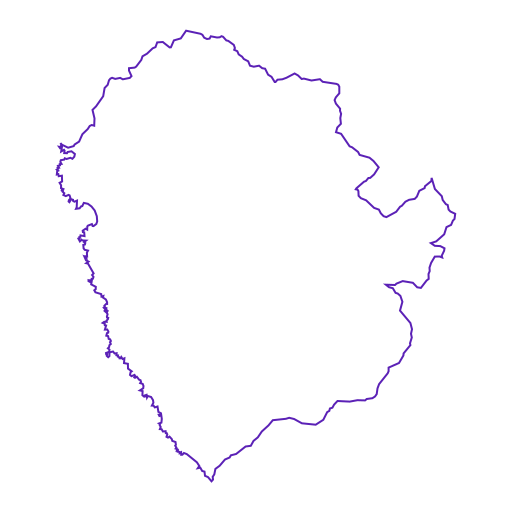 Casma, Áncash, Peru (Albers equal-area conic projection)
{"feature_id": "86281439B42439705570298", "entity_name": "Casma", "entity_type": "district", "adm_level": 2, "iso_a3": "PER", "parent_name": "Peru", "parent_adm1": "Áncash", "projection": "albers", "projection_center": [-78.251, -9.498], "detail": "fine", "context": "isolated", "style": "outline", "palette": "violet", "viewbox_px": 512, "rotation_deg": 0, "n_neighbors": 0, "source": "geoboundaries", "source_scale": "gbopen_adm2", "svg_char_len": 5918}
<svg xmlns="http://www.w3.org/2000/svg" viewBox="0 0 512 512"><path d="M339.3,86.7L338.2,84.7L336.5,83.9L322.7,81.8L319.9,79.2L311.5,80.5L303.9,78.6L301.7,79.0L298.0,75.4L294.6,73.5L286.4,77.8L282.3,79.3L277.5,79.7L275.5,82.0L274.7,82.0L271.5,76.8L268.1,74.7L265.1,68.7L262.2,68.2L259.1,65.7L253.8,66.7L250.0,65.7L248.2,61.3L243.8,59.0L242.1,56.7L238.7,54.4L237.3,51.2L234.2,49.8L234.9,48.0L233.8,44.9L228.3,40.9L226.3,40.4L223.1,36.8L221.5,36.2L219.7,37.3L217.0,37.5L210.8,36.3L209.6,38.6L207.0,39.0L204.2,37.7L202.4,34.8L200.6,33.8L186.1,30.7L180.8,38.4L173.9,40.4L170.9,47.3L169.6,47.4L162.8,42.0L157.2,42.4L155.5,47.1L152.7,48.3L147.0,53.7L142.5,56.3L141.3,59.9L136.2,66.6L134.7,67.6L129.0,68.2L129.0,70.6L131.5,76.1L129.8,77.9L122.8,79.3L120.2,77.9L115.2,78.9L112.1,77.8L110.4,78.6L109.0,80.3L107.7,84.8L104.6,88.0L103.2,96.2L96.1,106.3L92.5,109.9L94.5,118.4L94.2,125.7L91.7,125.0L89.7,126.0L87.7,129.1L82.4,134.2L79.1,141.6L74.6,144.5L73.7,146.1L68.1,147.7L61.9,144.7L60.5,143.1L61.4,145.0L60.3,147.0L59.1,146.8L60.1,148.2L61.9,147.2L61.2,151.5L64.0,149.8L64.6,150.7L64.2,153.1L67.0,153.2L67.6,152.0L71.5,151.3L74.9,154.0L74.3,156.7L72.4,158.8L70.4,157.8L66.5,159.0L64.8,158.3L64.2,159.6L60.8,160.2L60.3,161.9L61.5,163.9L59.8,164.1L60.0,165.3L58.0,165.8L59.0,167.7L57.7,167.8L58.1,168.8L56.8,169.6L58.1,170.7L57.2,171.1L56.8,174.5L58.3,174.1L58.7,176.2L61.9,175.7L62.1,181.5L59.6,182.8L61.1,185.3L61.0,188.1L63.4,189.1L62.6,190.2L61.0,190.1L62.9,191.1L62.6,191.7L64.3,193.2L63.4,195.0L65.8,196.1L68.6,194.9L69.6,195.4L70.5,198.3L68.9,200.2L68.6,201.5L69.4,202.2L71.2,199.2L73.0,199.8L73.0,200.8L74.4,201.7L77.0,200.6L76.7,207.2L76.0,208.8L79.6,208.3L81.2,206.3L82.3,206.1L83.8,202.9L87.9,203.8L91.5,206.5L94.7,210.5L96.8,216.2L97.2,221.4L96.3,224.0L93.5,226.1L92.6,226.0L91.9,224.1L88.0,225.6L87.3,226.4L87.2,229.6L85.6,228.7L82.7,230.7L82.9,232.1L84.2,232.3L84.5,236.1L80.5,235.4L80.3,236.9L79.3,237.2L79.6,238.3L78.4,238.6L79.9,241.4L81.5,239.7L82.2,240.4L86.0,240.6L84.1,242.1L85.3,243.0L84.9,244.5L83.3,244.9L83.6,248.4L84.7,249.8L88.0,250.6L86.9,252.6L87.1,256.5L85.7,256.3L86.2,257.8L84.5,256.8L86.0,260.3L88.5,261.6L86.3,263.2L88.0,263.6L93.6,273.4L92.1,275.0L93.5,276.9L92.9,278.7L91.7,278.8L91.7,280.1L90.3,280.2L90.6,280.8L88.5,280.2L88.5,281.1L90.3,282.1L91.7,281.3L91.2,284.4L95.8,286.8L95.7,289.2L94.3,290.3L95.4,292.3L101.2,294.1L101.5,296.6L103.3,296.0L102.9,297.5L105.9,299.5L107.1,302.2L107.1,303.9L106.3,303.8L104.4,305.7L104.8,306.7L103.7,307.6L104.8,308.8L105.6,307.8L106.3,308.1L105.4,309.6L107.3,309.4L104.7,311.0L105.6,311.8L106.4,310.9L107.5,311.1L106.7,312.8L107.6,314.2L106.9,316.5L107.0,317.5L108.2,317.8L107.9,319.2L106.4,320.8L106.7,321.8L104.2,321.8L102.7,322.9L104.7,323.7L104.8,325.2L106.1,325.5L104.9,329.6L107.2,329.5L108.4,331.5L108.2,332.7L107.0,333.1L106.3,335.7L108.1,336.1L108.7,338.9L110.1,339.3L110.9,341.0L110.0,342.2L110.8,344.0L109.4,345.2L109.1,347.1L107.9,348.3L109.5,349.6L109.1,351.8L106.0,353.0L106.2,354.3L107.1,354.4L106.8,355.9L108.2,357.2L109.4,356.1L109.5,352.4L113.0,351.5L114.6,353.5L116.6,353.2L116.4,355.2L118.0,355.4L117.8,356.6L119.3,357.3L119.5,358.3L120.6,358.3L121.3,357.0L122.6,359.0L124.4,358.3L124.0,363.1L127.9,363.8L128.0,368.6L131.7,371.3L130.6,372.1L130.0,374.9L131.5,376.2L134.5,374.9L135.2,376.0L134.3,377.4L135.0,377.8L136.9,376.8L139.1,379.7L140.5,380.2L141.0,381.8L140.2,383.1L142.7,383.9L143.5,386.0L143.2,388.3L139.9,390.4L142.6,391.1L142.4,395.2L144.2,396.7L145.0,396.5L144.9,395.4L146.6,394.8L147.0,397.5L147.8,396.0L151.1,397.0L153.0,400.1L153.4,402.7L151.9,405.6L153.6,405.7L154.8,407.4L157.5,406.5L158.4,411.9L161.0,413.3L161.1,414.7L158.8,414.8L159.4,416.0L161.3,415.4L161.8,418.9L161.4,422.6L159.2,423.4L160.1,423.9L159.6,424.9L160.7,427.0L159.9,429.1L161.6,429.2L162.9,431.5L165.6,431.2L165.8,433.1L166.7,433.1L167.3,434.4L166.5,436.8L168.0,437.6L169.5,436.6L171.8,439.1L172.3,440.9L175.5,442.0L175.9,444.8L175.2,445.7L176.4,447.6L175.7,448.6L177.2,449.1L176.8,450.7L177.9,450.4L177.7,451.7L179.5,451.9L179.6,453.2L181.1,452.3L181.2,454.8L182.4,454.7L183.9,453.0L186.8,454.1L196.9,462.3L199.3,466.0L197.8,468.2L200.3,467.7L202.2,471.0L204.5,471.6L205.0,475.8L208.0,477.1L211.5,481.3L213.0,479.6L212.7,476.8L214.3,474.4L215.4,468.9L219.6,465.8L225.0,459.5L229.6,457.5L230.9,455.3L236.1,454.0L245.6,446.5L250.8,445.8L253.5,440.9L257.8,437.4L261.8,431.5L268.5,425.4L272.8,420.2L285.9,418.8L289.2,417.8L294.1,419.0L301.9,423.3L315.7,424.7L323.3,419.8L327.2,412.1L329.3,410.9L329.9,408.5L332.4,407.7L334.1,404.6L337.5,401.0L349.7,401.6L357.4,400.2L365.1,400.4L366.7,399.0L372.4,398.2L375.0,396.5L376.7,394.1L377.5,388.4L379.1,384.1L387.7,373.3L388.6,371.2L388.6,367.6L399.0,363.0L403.4,355.5L403.6,353.4L410.4,345.1L410.0,343.3L411.8,337.5L411.0,333.8L412.0,329.2L410.4,323.0L400.0,310.6L402.4,301.8L400.4,295.9L397.7,293.5L395.6,292.9L392.8,288.2L389.0,287.2L385.9,284.7L395.0,285.0L396.5,283.6L402.7,281.1L412.9,282.8L417.2,287.3L420.9,287.9L426.6,280.5L428.7,278.9L428.5,274.0L429.7,271.1L429.5,267.6L431.1,262.9L434.8,256.6L439.5,256.5L442.2,257.5L441.7,255.8L444.1,250.8L444.5,248.3L440.3,246.1L434.8,245.8L430.9,243.1L436.2,241.4L444.2,234.3L446.5,227.1L451.1,224.9L452.9,220.6L454.5,219.0L455.2,213.8L450.4,211.5L448.6,209.6L447.7,205.0L445.9,204.2L442.7,200.0L441.8,196.2L434.9,189.0L431.6,177.9L431.4,181.0L425.0,186.2L424.6,188.1L419.3,190.8L416.9,196.6L414.7,198.9L409.1,199.8L405.4,201.7L401.8,205.8L400.1,206.7L396.2,211.8L386.4,217.1L383.6,216.2L380.8,213.3L378.9,209.6L374.1,207.9L366.1,200.3L360.9,198.2L358.6,195.8L358.4,191.1L357.6,189.7L355.8,189.3L356.4,188.3L364.0,181.7L365.9,181.0L368.4,178.0L370.2,177.9L374.1,174.4L378.7,167.3L373.5,161.0L369.5,157.7L359.6,154.9L358.1,152.0L352.1,147.3L349.6,146.3L341.1,133.8L336.0,132.2L337.3,127.5L340.9,123.8L340.3,118.1L341.1,113.8L340.0,110.7L340.1,108.7L335.9,103.6L334.6,100.1L335.8,97.4L339.3,93.3L339.3,86.7Z" fill="none" stroke="#5b21b6" stroke-width="2"/></svg>